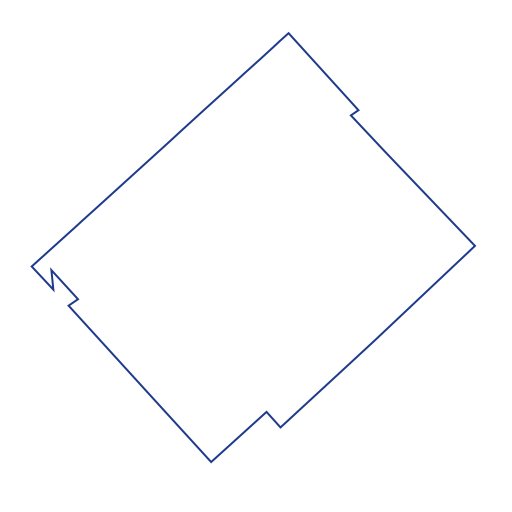 the district of Edgar, Illinois, United States of America, rotated 228°
{"feature_id": "52423323B29187483714259", "entity_name": "Edgar", "entity_type": "district", "adm_level": 2, "iso_a3": "USA", "parent_name": "United States of America", "parent_adm1": "Illinois", "projection": "albers", "projection_center": [-87.648, 39.68], "detail": "fine", "context": "isolated", "style": "outline", "palette": "blue", "viewbox_px": 512, "rotation_deg": 228, "n_neighbors": 0, "source": "geoboundaries", "source_scale": "gbopen_adm2", "svg_char_len": 519}
<svg xmlns="http://www.w3.org/2000/svg" viewBox="0 0 512 512"><g transform="rotate(228 256 256)"><path d="M399.3,318.0L399.1,284.8L398.9,268.8L398.5,168.9L398.5,156.5L398.5,149.9L398.4,143.9L398.3,82.3L366.6,82.9L382.4,94.5L343.0,94.8L344.5,83.5L220.8,84.2L132.9,84.8L133.1,159.5L112.2,159.5L113.3,250.5L113.8,287.8L117.0,425.5L246.0,421.7L297.0,420.6L295.8,429.7L399.8,429.3L399.8,416.9L399.7,413.6L399.5,392.4L399.5,386.7L399.5,370.6L399.4,355.0L399.3,318.0Z" fill="none" stroke="#1e3a8a" stroke-width="2"/></g></svg>